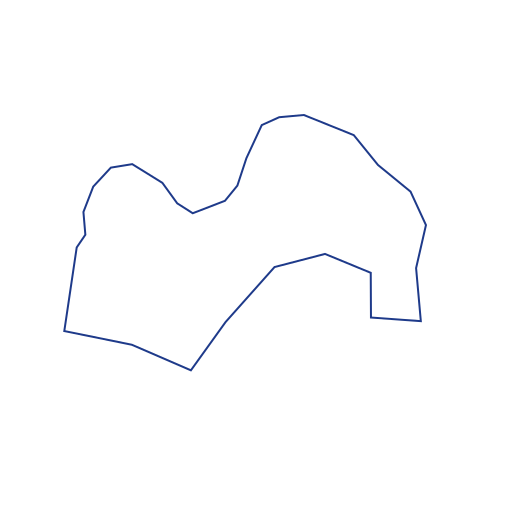 map outline of Royal Borough of Windsor and Maidenhead (Albers equal-area conic projection), rotated 296°
{"feature_id": "GBR-5703", "entity_name": "Royal Borough of Windsor and Maidenhead", "entity_type": "Unitary Authority", "adm_level": 1, "iso_a3": "GBR", "parent_name": "United Kingdom", "parent_adm1": "", "projection": "albers", "projection_center": [-0.692, 51.465], "detail": "fine", "context": "isolated", "style": "outline", "palette": "blue", "viewbox_px": 512, "rotation_deg": 296, "n_neighbors": 0, "source": "natural_earth", "source_scale": "10m", "svg_char_len": 520}
<svg xmlns="http://www.w3.org/2000/svg" viewBox="0 0 512 512"><g transform="rotate(296 256 256)"><path d="M247.0,79.3L271.8,86.8L284.3,104.5L280.7,139.8L268.8,162.1L266.7,180.4L292.0,203.9L311.1,208.4L339.7,204.5L376.2,203.8L390.9,216.0L403.7,237.2L407.5,290.9L391.3,325.7L381.6,366.7L358.3,395.2L315.3,405.2L269.7,432.7L251.1,386.3L291.2,366.5L288.1,317.1L254.2,277.5L183.3,257.6L124.7,247.6L121.8,183.3L104.5,116.6L185.1,91.1L200.3,93.3L219.9,81.6L247.0,79.3Z" fill="none" stroke="#1e3a8a" stroke-width="2"/></g></svg>